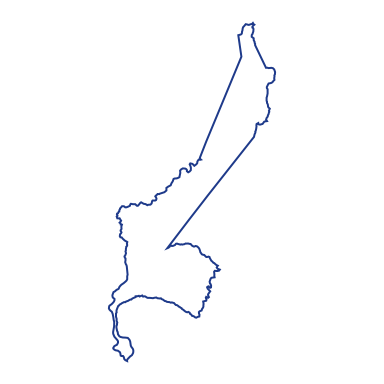 Sambaíba, Maranhão, Brazil
{"feature_id": "56859067B71458423311280", "entity_name": "Sambaíba", "entity_type": "district", "adm_level": 2, "iso_a3": "BRA", "parent_name": "Brazil", "parent_adm1": "Maranhão", "projection": "orthographic", "projection_center": [-45.606, -7.398], "detail": "fine", "context": "isolated", "style": "outline", "palette": "blue", "viewbox_px": 384, "rotation_deg": 0, "n_neighbors": 0, "source": "geoboundaries", "source_scale": "gbopen_adm2", "svg_char_len": 6062}
<svg xmlns="http://www.w3.org/2000/svg" viewBox="0 0 384 384"><path d="M127.1,361.0L127.0,360.1L127.7,359.0L130.2,356.4L131.9,355.2L133.0,353.2L133.3,352.0L133.3,350.3L133.1,349.5L132.7,348.6L131.4,346.9L130.8,345.7L130.2,341.6L129.8,340.5L129.4,339.7L127.8,337.9L125.2,337.6L122.8,337.5L120.3,336.9L119.2,336.1L118.0,334.3L117.7,332.1L117.1,330.9L116.4,327.4L116.5,325.8L117.0,324.8L117.0,323.7L117.3,322.6L116.9,321.6L116.5,320.2L116.7,319.1L116.0,316.7L116.0,315.1L116.0,313.4L116.6,312.5L116.5,311.6L116.5,310.6L116.7,309.8L117.3,308.2L118.2,306.0L118.9,305.6L119.6,304.6L121.0,303.9L121.7,303.3L124.1,302.1L125.3,302.2L126.1,301.5L128.2,300.8L129.2,300.1L130.4,299.5L131.4,299.5L132.2,298.6L133.2,298.1L134.6,297.5L135.6,297.1L135.6,296.3L136.8,296.2L137.7,296.2L138.9,295.8L139.6,296.5L140.3,296.2L142.3,295.5L143.1,296.6L144.5,296.3L145.4,296.5L146.8,297.5L147.8,297.9L150.2,297.9L153.0,298.2L154.3,297.8L156.3,297.5L157.4,298.2L159.8,298.5L160.9,298.3L161.6,299.1L162.8,299.5L164.8,301.0L165.7,301.1L166.8,301.8L168.0,302.0L169.4,302.1L170.9,302.7L171.8,302.4L174.1,303.1L174.9,304.1L175.9,305.0L176.9,305.1L178.0,305.8L178.7,306.6L179.5,306.8L180.4,307.6L181.6,308.2L182.0,309.0L183.5,309.9L184.2,310.6L185.1,311.3L186.0,311.9L187.2,312.3L188.3,311.9L189.7,312.7L190.0,313.8L191.3,314.6L192.0,315.8L193.3,316.1L194.3,316.6L195.0,317.3L196.2,317.7L197.9,316.8L199.3,316.5L199.5,314.6L199.0,313.6L198.9,312.1L199.6,311.3L201.6,310.5L202.0,309.1L203.1,307.5L203.4,306.5L203.4,305.0L203.6,304.0L203.2,301.5L206.2,300.7L206.5,299.7L205.8,297.7L206.2,296.9L207.1,297.5L208.1,297.8L208.9,297.1L208.2,295.6L208.0,294.8L208.3,293.9L210.2,291.3L207.7,288.7L207.1,287.2L207.8,286.6L208.7,286.3L209.2,287.1L210.0,287.8L211.0,287.4L211.1,285.6L210.6,284.1L210.0,283.5L209.6,281.7L210.6,278.8L211.4,277.8L214.6,277.3L214.3,275.8L214.4,274.2L214.1,271.8L214.8,270.8L216.6,271.0L217.5,271.0L219.1,270.6L219.8,269.6L217.7,268.8L216.7,267.5L217.3,266.3L217.8,265.7L216.4,265.0L215.4,264.2L214.3,263.1L213.4,262.8L212.4,261.6L211.3,260.7L209.8,258.0L209.5,257.0L208.5,256.6L207.7,256.9L206.3,257.0L205.5,256.3L204.3,255.0L203.2,254.8L201.8,254.3L201.2,253.3L200.4,252.3L200.1,251.1L199.5,249.2L198.8,248.0L197.7,246.9L196.9,246.3L195.5,246.0L194.5,246.5L193.6,246.5L192.1,245.7L190.6,244.0L189.6,243.9L188.1,243.5L186.6,243.6L185.7,243.5L184.3,244.2L183.0,244.4L182.2,244.6L181.2,244.3L180.3,244.6L179.3,244.3L178.1,244.0L177.0,243.6L175.9,243.8L175.0,245.0L173.2,245.8L171.9,246.0L171.2,245.6L170.1,245.8L169.6,246.8L168.5,247.7L167.3,248.2L189.2,219.5L203.7,200.8L207.7,195.6L254.0,136.9L254.6,134.2L255.0,133.5L255.4,132.5L255.3,131.5L255.7,130.9L256.2,128.7L256.5,126.3L256.4,125.2L256.6,124.0L258.2,123.1L258.3,124.1L259.2,124.5L260.2,124.6L262.6,123.9L264.2,121.7L265.5,121.3L267.0,121.1L266.1,119.6L266.6,118.0L267.7,116.6L267.9,115.3L268.5,114.3L268.9,112.6L269.3,111.8L268.9,110.9L269.8,108.7L268.4,107.4L268.0,106.3L267.9,105.0L267.7,104.2L267.0,102.9L267.0,101.6L266.6,100.9L266.6,100.0L266.6,98.9L266.6,97.6L267.0,96.5L267.6,93.5L267.6,89.2L266.9,88.2L266.8,87.1L267.9,84.8L268.6,83.5L270.2,83.2L271.6,82.8L272.8,81.8L273.5,80.8L274.4,80.0L274.4,79.2L274.2,78.2L274.5,76.5L274.4,75.3L274.9,74.4L275.1,72.1L274.2,69.4L273.6,68.9L273.1,68.3L271.8,67.9L270.8,67.9L268.6,68.1L267.2,67.7L266.0,67.8L255.1,45.1L255.1,43.7L254.6,42.9L254.6,41.9L253.7,40.1L253.7,38.3L251.7,36.8L251.7,35.8L251.8,34.9L252.5,34.0L253.0,32.3L253.3,31.6L253.4,30.1L253.5,29.0L253.1,28.0L252.4,27.6L252.4,26.7L253.3,25.5L254.3,24.7L253.5,24.1L252.9,23.0L252.0,24.0L250.4,24.3L249.3,24.8L248.5,24.9L246.8,24.4L245.7,24.2L244.4,25.8L243.1,27.2L242.7,28.4L242.4,30.6L242.0,31.7L241.9,33.2L241.5,34.0L240.8,34.5L238.3,35.2L241.4,56.7L222.2,103.1L206.2,141.6L199.9,157.7L200.2,159.0L200.9,159.6L200.1,159.8L198.8,159.5L198.0,160.5L197.4,161.5L197.2,163.2L196.3,164.3L194.3,165.8L192.5,163.9L190.3,163.4L189.7,164.3L190.6,166.5L190.9,167.9L190.8,170.2L189.6,171.5L188.2,172.3L186.9,171.2L186.9,170.0L186.2,169.1L185.3,168.6L182.8,168.4L181.1,169.4L180.1,170.6L180.3,172.9L179.4,177.2L177.6,178.1L176.5,178.4L174.7,178.5L173.6,178.9L172.7,181.4L171.4,183.4L170.7,185.3L168.2,186.6L166.4,187.9L166.4,190.5L164.4,192.2L159.8,193.7L159.2,194.1L157.6,194.0L156.4,195.3L155.7,195.7L155.3,196.4L156.1,197.5L156.5,198.8L156.0,200.1L155.2,200.5L153.6,200.5L152.6,200.5L152.1,201.2L151.6,203.5L150.5,204.6L148.1,204.8L147.3,205.2L145.6,204.1L143.7,203.8L141.1,202.3L140.0,203.2L138.9,204.7L137.8,205.8L136.8,205.7L135.3,204.2L132.9,204.2L130.9,203.8L130.3,204.4L129.9,205.8L127.8,206.8L126.4,207.3L125.2,207.3L124.0,206.3L122.6,206.2L121.9,206.3L121.2,207.3L120.5,207.9L120.0,208.7L119.9,209.5L119.3,210.2L119.3,211.5L118.6,211.9L118.0,213.3L117.1,213.6L116.9,214.4L117.5,215.8L116.7,216.5L117.3,218.3L118.6,218.4L119.6,218.3L120.4,219.7L121.1,220.7L120.5,221.7L119.6,222.7L120.6,223.5L120.7,224.5L121.9,224.7L121.4,226.3L121.4,227.7L121.5,228.9L121.1,229.7L120.6,230.3L120.7,231.1L121.5,232.3L121.0,233.4L120.1,234.2L119.8,236.2L120.4,237.3L121.7,237.4L123.0,239.0L123.7,239.5L124.4,240.3L125.7,241.1L126.7,241.6L127.3,242.0L126.9,243.8L127.2,244.9L127.1,245.8L126.2,246.8L126.2,247.6L125.9,248.7L125.9,250.4L125.5,251.3L126.0,253.2L125.2,255.5L124.5,256.3L124.8,257.6L125.5,258.4L125.5,260.3L125.2,262.2L125.9,264.3L126.5,265.2L126.8,266.6L127.6,274.7L127.2,276.2L127.2,279.3L126.5,280.6L125.6,281.5L123.6,283.2L121.4,284.7L120.5,285.6L119.5,286.8L118.6,288.8L117.8,289.3L116.6,289.8L115.0,291.3L113.5,292.1L112.5,294.9L112.4,295.8L112.8,297.5L114.5,298.9L114.5,300.2L114.1,301.2L113.5,302.2L111.7,304.1L110.3,305.1L109.4,305.8L109.1,306.7L108.9,308.4L109.4,309.5L110.6,310.8L111.8,311.7L112.7,314.0L113.3,317.1L113.7,320.0L114.2,321.8L114.2,323.4L114.1,326.4L113.1,332.1L113.2,333.8L114.4,336.7L117.5,340.3L118.0,341.3L118.0,342.7L117.2,344.3L116.8,344.9L115.6,345.4L114.3,346.2L113.3,347.8L113.3,348.6L114.4,349.7L115.6,350.3L117.9,350.7L119.9,352.2L120.3,353.2L120.7,355.6L121.4,356.0L123.0,356.0L123.8,357.1L124.3,359.1L125.4,360.2L127.1,361.0Z" fill="none" stroke="#1e3a8a" stroke-width="2"/></svg>